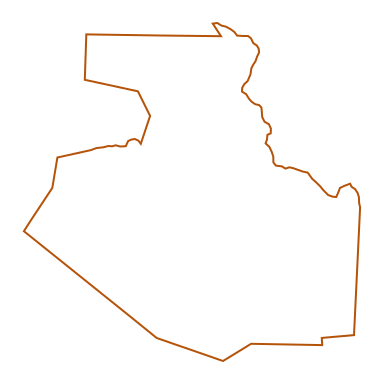 São Félix do Piauí, Piauí, Brazil (orthographic projection)
{"feature_id": "56859067B9162951919823", "entity_name": "São Félix do Piauí", "entity_type": "district", "adm_level": 2, "iso_a3": "BRA", "parent_name": "Brazil", "parent_adm1": "Piauí", "projection": "orthographic", "projection_center": [-42.074, -5.922], "detail": "fine", "context": "isolated", "style": "outline", "palette": "amber", "viewbox_px": 384, "rotation_deg": 0, "n_neighbors": 0, "source": "geoboundaries", "source_scale": "gbopen_adm2", "svg_char_len": 1287}
<svg xmlns="http://www.w3.org/2000/svg" viewBox="0 0 384 384"><path d="M251.1,343.8L322.2,345.1L321.8,337.9L354.0,335.1L360.1,207.4L359.1,202.9L358.9,197.1L357.7,193.2L355.2,189.2L351.6,186.8L350.1,183.7L344.3,185.9L340.0,187.9L338.1,192.9L336.2,197.0L332.7,196.7L328.1,195.0L323.3,190.1L320.0,186.1L316.4,182.6L312.0,178.6L307.7,172.6L302.6,171.5L298.4,170.0L293.3,168.2L289.4,167.3L285.4,168.6L282.0,166.4L275.9,165.6L273.4,162.5L273.3,156.7L271.7,151.8L269.4,146.9L265.6,143.4L267.0,139.4L267.4,134.8L270.7,133.4L270.9,128.6L268.9,124.2L264.5,121.7L262.2,117.0L261.8,111.5L261.4,107.5L259.1,105.1L255.2,104.2L251.6,101.7L249.0,98.8L246.2,94.2L242.0,91.6L242.2,87.8L244.4,84.0L247.6,81.1L250.5,74.3L251.4,68.2L253.3,64.6L255.5,61.2L257.1,56.6L259.1,52.4L258.6,48.5L256.9,45.6L253.3,43.1L250.9,38.2L248.0,36.0L243.1,36.0L237.1,35.6L234.4,32.0L230.9,29.4L226.1,26.7L221.5,25.6L217.3,23.0L212.8,23.6L221.0,36.2L160.2,35.5L86.3,34.4L85.8,49.9L84.8,79.8L137.9,91.3L144.1,103.8L150.1,115.9L140.8,143.8L138.4,140.6L134.8,139.0L131.3,139.6L128.1,141.1L125.8,146.2L120.1,146.5L115.7,145.3L112.0,146.3L108.3,146.0L103.4,147.3L96.7,148.0L90.5,150.2L57.4,157.5L52.3,187.9L31.8,218.9L23.9,231.2L128.8,315.4L156.7,338.0L223.0,361.0L251.1,343.8Z" fill="none" stroke="#b45309" stroke-width="2"/></svg>